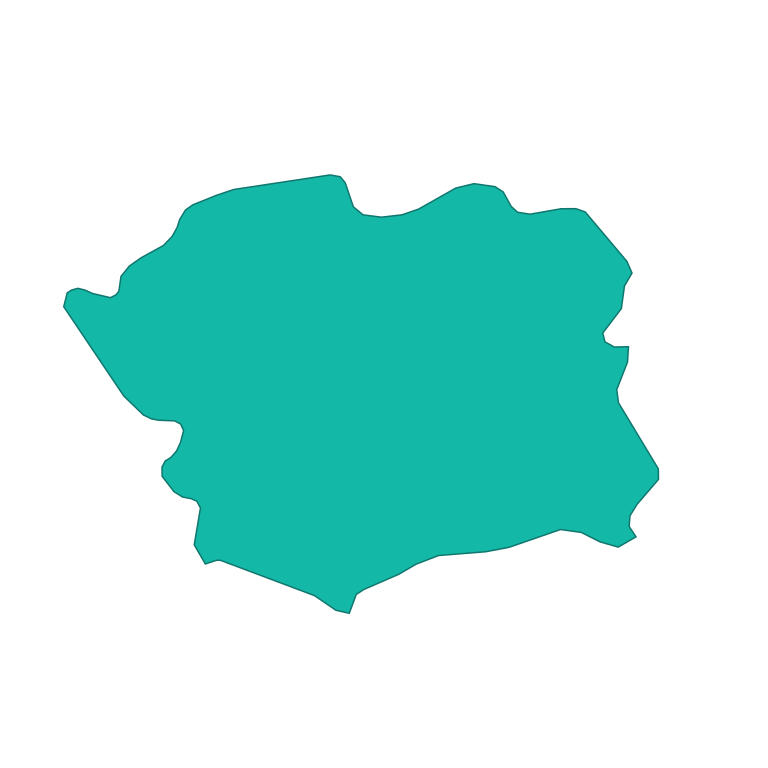 outline of Essonne, rotated 69°
{"feature_id": "FRA-5289", "entity_name": "Essonne", "entity_type": "Metropolitan department", "adm_level": 1, "iso_a3": "FRA", "parent_name": "France", "parent_adm1": "", "projection": "orthographic", "projection_center": [2.213, 48.526], "detail": "fine", "context": "isolated", "style": "filled", "palette": "teal", "viewbox_px": 768, "rotation_deg": 69, "n_neighbors": 0, "source": "natural_earth", "source_scale": "10m", "svg_char_len": 1274}
<svg xmlns="http://www.w3.org/2000/svg" viewBox="0 0 768 768"><g transform="rotate(69 384 384)"><path d="M207.6,349.1L218.6,342.9L227.3,326.7L232.5,306.7L233.1,289.1L226.8,246.8L229.2,228.2L239.6,209.6L247.4,203.9L263.8,201.6L271.5,197.8L277.8,186.8L283.9,155.7L289.1,142.0L295.5,134.5L356.5,113.3L369.3,112.7L378.7,124.4L398.7,135.4L414.8,161.5L423.8,162.6L432.0,155.8L436.8,142.4L450.8,148.8L472.6,168.7L485.6,171.8L561.5,158.3L571.4,161.9L587.1,191.0L595.1,201.5L604.8,206.2L617.0,203.5L620.2,223.8L608.9,238.8L593.2,253.1L583.1,271.4L581.3,325.5L577.1,349.0L563.7,394.5L563.7,418.7L566.9,438.1L568.6,476.4L570.5,485.3L585.6,498.6L578.0,510.0L556.7,524.7L489.9,600.0L488.5,603.7L488.0,615.3L466.1,618.8L434.0,599.8L426.4,600.7L421.9,605.2L417.3,612.6L409.2,618.7L390.6,624.2L382.0,621.0L377.5,615.9L376.1,609.1L372.2,601.7L365.7,595.0L355.7,587.8L348.5,588.2L343.4,592.7L337.2,607.1L333.3,613.5L326.7,619.7L302.1,631.2L197.1,655.3L185.4,647.1L184.3,641.8L185.0,635.5L188.9,629.8L195.1,623.6L205.4,608.4L204.7,602.3L202.4,598.3L189.2,590.9L182.6,579.4L179.1,565.5L175.6,540.2L170.3,528.9L163.8,521.1L157.1,515.7L150.4,506.9L148.2,498.2L147.8,472.8L148.6,454.4L169.5,359.4L174.8,350.6L182.2,348.1L207.6,349.1Z" fill="#14b8a6" stroke="#0f766e" stroke-width="1.5"/></g></svg>